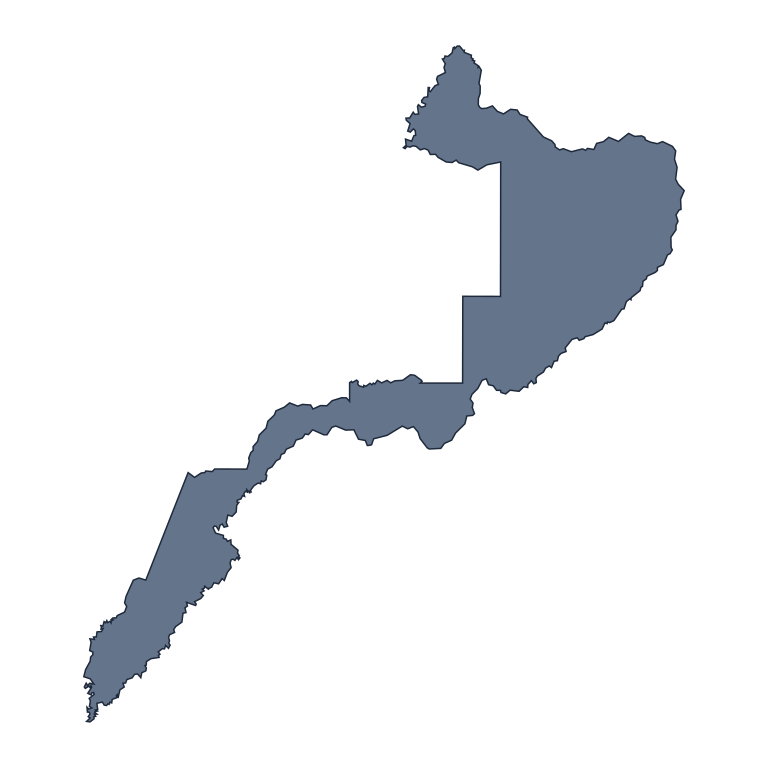 La Paz, Cesar, Colombia
{"feature_id": "7082276B68584023442252", "entity_name": "La Paz", "entity_type": "district", "adm_level": 2, "iso_a3": "COL", "parent_name": "Colombia", "parent_adm1": "Cesar", "projection": "natural_earth1", "projection_center": [-73.31, 10.11], "detail": "fine", "context": "isolated", "style": "filled", "palette": "slate", "viewbox_px": 768, "rotation_deg": 0, "n_neighbors": 0, "source": "geoboundaries", "source_scale": "gbopen_adm2", "svg_char_len": 6037}
<svg xmlns="http://www.w3.org/2000/svg" viewBox="0 0 768 768"><path d="M453.2,47.7L452.1,52.9L447.8,56.5L445.0,56.0L444.3,58.5L442.4,59.0L445.3,63.8L444.0,67.4L445.4,72.5L437.5,76.4L436.6,79.3L438.4,84.4L435.0,85.7L430.3,91.7L428.9,90.6L429.5,87.6L428.2,87.5L427.7,96.8L424.1,97.4L421.6,100.5L421.9,102.5L425.6,104.0L425.2,106.1L421.4,107.2L418.4,104.7L417.5,106.5L418.6,113.9L414.9,114.4L413.2,112.2L409.7,117.9L405.9,118.2L406.4,120.4L410.1,123.6L407.7,131.1L410.3,132.1L413.4,128.9L415.2,130.6L415.7,135.2L413.9,135.7L411.6,141.2L405.5,139.1L406.1,145.2L403.4,147.7L405.1,148.6L407.1,146.4L410.2,147.1L412.8,145.8L416.1,146.4L420.3,149.9L424.4,148.6L428.1,150.1L430.3,154.5L435.5,154.3L438.0,157.3L446.2,162.0L452.1,162.5L456.2,160.1L458.6,162.7L472.4,166.8L477.9,170.1L486.9,164.8L500.7,162.0L500.5,296.4L462.8,296.3L462.6,383.1L420.2,383.1L422.1,381.4L421.6,380.4L414.7,375.3L410.5,374.7L402.7,380.3L394.9,380.8L390.7,382.8L387.0,380.4L381.7,382.9L377.4,380.4L374.9,384.0L373.3,383.1L372.0,384.8L370.0,383.3L365.9,386.3L363.8,385.4L363.6,387.1L359.0,385.8L357.7,383.8L358.2,381.6L356.6,380.1L352.2,382.6L351.5,381.4L349.6,382.6L349.6,401.4L346.5,397.9L341.8,397.7L332.1,400.7L327.0,405.7L320.4,405.6L313.0,409.0L310.6,405.0L302.6,404.4L297.7,406.1L289.6,402.9L284.3,407.2L276.0,410.8L274.3,415.1L267.9,421.2L266.1,428.2L259.3,434.9L257.6,441.4L253.1,446.6L253.1,450.4L250.8,452.6L248.7,458.2L249.3,461.1L246.9,469.1L214.7,469.0L212.2,471.6L205.7,471.0L204.8,472.6L201.2,473.0L194.6,477.4L188.1,472.6L145.8,580.1L139.0,578.0L133.3,580.2L126.1,596.3L124.6,602.8L126.7,606.5L124.6,612.1L117.2,615.6L116.3,617.8L112.8,618.0L111.2,619.6L113.0,620.0L111.1,621.1L111.1,622.8L109.9,621.4L107.6,622.6L106.8,620.6L105.6,622.8L104.1,621.6L102.8,626.3L100.3,625.2L101.5,626.6L101.0,629.1L103.0,628.6L101.5,631.5L97.0,631.9L96.3,636.9L93.5,637.0L94.4,639.4L89.9,638.8L91.1,642.2L89.7,650.6L92.9,652.1L92.8,654.8L90.6,657.1L90.2,661.2L85.6,669.6L83.8,676.7L90.2,678.8L93.9,684.1L89.8,683.2L87.6,685.5L86.2,683.2L84.3,687.0L85.3,688.4L88.9,686.2L90.1,687.6L91.0,685.7L91.6,687.3L87.8,693.3L91.1,694.9L92.0,692.7L93.6,692.5L94.2,694.4L89.2,698.4L90.4,701.0L89.4,706.4L91.8,707.9L88.8,709.1L87.0,707.2L87.4,712.1L89.3,712.2L90.0,714.0L88.2,716.7L90.1,718.0L86.6,721.4L90.0,721.9L94.0,718.8L94.0,716.7L95.7,716.3L94.3,714.2L96.9,714.1L94.7,712.4L95.4,710.7L95.9,711.4L97.4,711.0L95.7,709.9L97.7,709.4L96.9,703.3L102.4,702.1L104.2,705.1L106.6,705.5L107.9,703.8L109.1,704.4L110.0,702.1L111.7,702.9L112.2,699.4L117.3,697.5L116.3,695.9L117.3,694.5L118.4,696.5L119.9,689.9L124.2,687.0L123.0,683.2L125.6,683.0L126.9,679.5L132.1,677.9L134.6,674.3L137.6,674.0L140.8,677.7L141.8,672.7L145.8,670.9L146.4,668.0L144.9,665.6L146.3,665.1L146.4,661.6L150.9,658.7L159.1,657.4L158.5,655.5L160.0,654.2L158.2,651.9L162.5,648.6L164.5,648.9L165.6,645.4L168.5,648.3L170.1,645.1L168.7,643.0L169.5,641.0L168.6,637.3L169.6,634.7L174.6,632.4L173.7,629.6L175.6,626.6L181.9,622.1L183.0,613.2L186.0,612.6L185.0,607.8L187.5,606.0L186.5,602.3L195.6,605.5L196.2,604.0L194.5,601.7L200.8,598.5L203.3,595.5L200.7,592.7L204.1,590.8L202.3,589.1L204.4,588.1L204.8,586.2L208.8,589.6L208.4,588.6L211.6,587.2L213.8,582.8L218.6,583.8L222.1,578.6L224.3,580.5L227.4,572.3L231.1,567.7L230.1,563.2L231.1,559.8L233.0,559.1L234.9,560.4L237.0,557.5L238.5,559.7L239.9,557.9L238.3,557.0L239.3,555.8L237.5,553.0L238.0,550.2L231.1,544.4L230.8,539.9L227.4,541.4L226.3,539.2L223.5,538.4L223.4,535.4L215.6,533.1L213.1,527.8L214.3,526.1L216.2,526.3L218.6,530.0L220.1,525.2L222.2,524.0L224.1,527.2L227.7,526.2L226.2,522.6L227.8,515.1L232.1,516.3L236.2,512.0L236.7,505.3L238.8,502.4L237.2,502.3L237.2,500.3L241.0,498.9L242.5,495.6L244.6,496.4L243.8,493.5L245.7,491.2L247.3,492.1L246.9,489.8L249.6,492.6L249.8,491.4L251.4,492.5L250.4,490.5L253.8,485.9L258.1,483.0L260.6,483.8L261.2,481.0L263.4,481.7L266.0,479.8L266.8,475.2L265.5,474.5L267.7,469.1L272.0,466.8L276.3,460.7L279.9,458.8L281.2,454.5L284.4,453.1L286.3,449.2L293.3,446.1L296.0,440.1L302.3,438.1L305.2,434.0L308.4,434.6L312.6,429.8L323.9,434.8L327.0,434.8L331.8,427.4L335.8,426.0L345.6,430.1L353.9,429.8L358.5,439.2L365.4,440.5L367.3,445.5L369.9,445.3L371.6,444.7L373.6,438.8L387.2,435.3L402.3,426.1L407.7,428.8L413.4,426.6L418.0,432.0L420.1,438.6L427.2,447.8L429.2,449.0L440.8,448.4L444.4,443.4L451.6,440.2L455.6,433.0L464.9,423.8L466.8,416.0L472.6,415.4L474.5,413.7L472.3,407.6L473.0,403.0L470.2,399.1L472.0,394.3L477.8,388.5L482.1,380.3L486.3,378.8L488.6,384.7L493.3,385.8L496.5,390.3L500.5,390.4L501.0,392.5L505.7,393.9L510.1,390.2L519.1,391.3L523.8,386.7L527.7,387.5L527.9,384.5L531.4,380.6L533.8,383.8L536.3,382.6L535.9,378.5L537.3,376.0L543.4,372.1L545.6,368.1L549.2,366.0L551.5,367.6L554.1,361.2L557.4,360.7L558.5,356.1L561.0,353.4L566.1,351.5L565.2,347.9L572.0,339.4L577.3,337.8L579.2,340.3L583.9,338.6L585.1,336.7L593.0,334.6L602.1,329.0L604.9,323.0L607.1,323.6L607.4,322.0L609.7,322.6L613.9,320.6L621.8,309.1L624.0,308.9L626.3,301.7L629.6,298.9L631.0,299.8L631.2,297.7L640.1,290.6L640.9,287.3L642.5,286.4L643.0,281.3L646.3,278.9L647.1,276.1L655.4,272.3L657.4,270.5L657.4,267.4L663.4,264.6L667.5,254.9L670.0,253.7L672.3,250.0L671.1,247.3L670.9,237.2L676.0,229.8L676.0,225.4L678.0,221.3L676.0,214.9L679.0,210.1L681.0,209.4L680.6,199.3L684.2,190.7L678.1,184.1L675.6,179.1L677.1,167.4L674.5,159.2L675.7,150.9L672.4,146.3L662.5,141.6L657.4,143.7L650.3,142.1L645.3,139.8L644.8,137.5L641.6,135.9L634.6,136.4L628.6,133.4L618.5,141.4L608.8,137.3L603.4,141.7L596.6,143.4L593.9,149.5L587.5,148.4L585.7,150.3L582.5,148.9L571.4,151.7L563.3,148.7L559.6,149.9L555.3,147.0L554.9,144.5L551.7,140.8L543.4,137.0L527.3,118.8L527.6,117.2L520.0,114.4L517.2,110.0L510.6,109.3L503.5,113.9L497.4,111.4L492.4,105.9L486.5,108.2L481.6,108.6L479.7,107.3L478.3,104.8L478.4,98.6L480.1,93.5L480.2,86.1L479.0,83.4L481.3,70.2L479.1,66.6L478.1,67.4L478.2,65.7L474.0,62.9L474.7,60.9L472.4,60.3L473.2,59.0L471.2,57.8L471.4,55.2L464.1,52.3L464.4,50.3L463.2,50.5L459.6,46.1L457.2,46.1L454.9,48.6L454.5,47.1L453.2,47.7Z" fill="#64748b" stroke="#1e293b" stroke-width="1.5"/></svg>